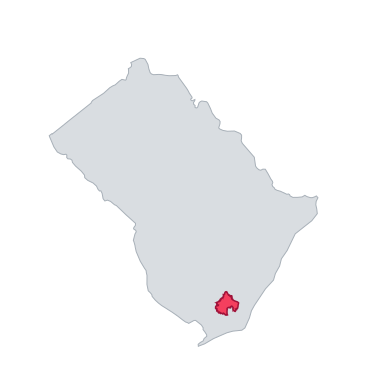 location of Prestea/huni Valley, Western, Ghana, rotated 322°
{"feature_id": "2480657B71205229821948", "entity_name": "Prestea/huni Valley", "entity_type": "district", "adm_level": 2, "iso_a3": "GHA", "parent_name": "Ghana", "parent_adm1": "Western", "projection": "mercator", "projection_center": [-2.017, 5.447], "detail": "fine", "context": "in_parent", "style": "filled", "palette": "rose", "viewbox_px": 384, "rotation_deg": 322, "n_neighbors": 0, "source": "geoboundaries", "source_scale": "gbopen_adm2", "svg_char_len": 6637}
<svg xmlns="http://www.w3.org/2000/svg" viewBox="0 0 384 384"><g transform="rotate(322 192 192)"><path d="M233.4,54.6L236.2,57.2L236.8,58.7L235.8,64.4L233.8,68.4L232.5,72.2L232.7,74.0L233.9,75.9L238.1,78.8L240.3,80.7L242.8,83.6L245.7,86.4L250.7,90.1L252.8,90.8L252.7,91.8L252.1,93.2L251.6,106.9L251.2,110.4L250.8,112.2L250.4,117.3L249.9,118.0L248.9,117.9L248.0,118.1L247.8,119.1L248.2,120.2L251.2,120.9L250.5,121.7L248.3,122.4L247.3,123.9L247.7,125.7L246.5,127.1L246.8,128.0L247.6,128.7L248.9,128.5L252.4,126.1L253.9,125.9L255.7,126.3L259.1,129.9L259.2,131.7L257.9,137.7L256.5,142.3L256.3,148.5L257.7,151.9L257.5,153.8L256.0,155.5L252.5,157.9L252.7,159.5L254.3,162.5L257.3,165.9L263.0,170.1L266.0,175.5L266.1,177.7L264.3,180.0L262.3,181.9L261.6,184.6L262.5,202.9L258.0,210.8L257.9,213.0L258.4,215.6L259.6,217.2L261.9,217.6L263.8,219.2L263.1,224.7L262.1,230.4L262.0,233.1L261.4,234.4L259.6,235.4L259.0,237.2L259.4,239.4L259.1,241.0L260.1,243.1L262.1,245.8L265.4,252.3L266.7,252.8L267.3,254.1L266.9,255.5L268.2,258.4L271.9,261.2L275.8,263.7L278.9,264.1L279.7,266.3L281.7,269.2L283.2,270.5L285.6,271.3L287.6,271.7L287.7,274.1L284.1,275.8L281.7,278.3L279.9,282.1L277.4,286.2L268.7,288.4L265.4,288.4L247.6,288.5L230.9,296.7L221.3,299.7L215.4,304.3L207.5,307.6L202.0,311.6L190.4,313.5L171.6,319.7L165.7,322.2L159.7,326.6L150.0,331.7L146.2,331.6L138.5,326.8L132.8,324.4L118.8,320.8L108.4,319.4L103.3,317.8L102.0,317.5L103.1,315.8L106.0,315.7L109.1,316.2L111.4,314.9L114.8,314.8L115.7,313.4L116.0,309.9L116.0,307.2L117.2,305.9L117.5,302.6L115.8,295.4L114.6,294.5L108.5,293.5L108.0,292.1L106.9,290.5L105.8,286.8L104.4,281.2L102.3,274.3L98.2,262.9L97.2,258.9L96.5,254.7L96.3,249.8L97.2,248.0L97.1,245.5L96.7,242.9L99.6,237.1L105.2,230.0L106.4,227.4L107.5,225.6L107.6,223.1L108.6,214.8L111.3,204.7L113.1,200.9L114.2,198.9L115.6,195.5L116.0,194.0L121.2,190.0L123.6,189.0L124.1,187.4L123.3,185.7L123.6,184.6L124.9,184.0L126.8,183.5L128.2,181.9L126.0,169.5L124.2,157.1L124.1,156.1L123.1,154.4L122.0,149.2L120.3,146.3L117.8,145.4L117.8,142.6L120.3,137.8L120.9,135.0L119.7,134.2L119.6,132.0L120.4,128.5L120.0,126.3L119.6,124.0L117.0,118.6L116.3,114.7L117.7,112.5L117.6,107.5L116.2,99.9L116.0,95.1L117.0,93.1L116.5,91.2L114.6,89.4L114.5,87.7L116.1,85.9L115.9,84.6L113.9,83.6L112.1,81.3L110.5,77.6L110.9,71.6L113.8,60.7L114.2,59.7L117.6,59.8L117.6,60.3L128.1,60.2L140.0,60.0L154.3,59.9L167.3,59.8L167.9,59.3L170.0,58.7L183.2,59.8L191.4,59.2L194.9,59.6L197.4,60.3L203.1,59.9L206.1,60.1L208.4,62.9L209.3,62.9L210.6,61.7L212.9,60.4L215.2,59.3L216.8,57.2L217.8,55.6L219.3,55.9L221.5,55.8L222.9,54.4L223.5,52.3L233.4,54.6Z" fill="#d9dde1" stroke="#a8b0b8" stroke-width="1"/><path d="M157.6,295.7L157.3,295.7L157.4,295.2L157.9,292.1L157.5,292.1L157.5,291.9L157.4,291.8L157.4,291.7L157.2,291.4L156.9,291.3L156.6,291.3L156.4,291.4L156.2,291.5L155.9,291.6L155.4,291.9L155.4,292.0L155.2,292.2L154.9,292.4L154.7,292.6L154.4,292.5L154.3,292.4L154.2,292.4L153.9,292.3L153.7,292.6L153.5,292.8L153.4,292.6L153.3,292.9L153.1,292.9L153.0,293.0L152.8,293.2L152.7,293.2L152.5,293.3L152.6,293.6L152.5,293.8L152.4,293.8L152.3,294.0L152.2,294.0L151.9,294.0L151.7,294.1L151.5,294.3L151.4,294.3L151.2,294.2L151.1,294.3L151.1,294.2L150.9,294.3L150.8,294.2L150.6,293.9L150.4,294.0L150.1,294.0L149.9,294.1L149.7,293.9L149.4,293.8L149.0,294.0L149.1,294.3L148.9,294.4L148.9,294.1L148.6,293.9L148.3,293.9L148.0,294.0L147.7,294.3L147.6,294.5L147.5,294.9L147.5,295.0L147.4,295.1L147.2,294.7L146.9,294.5L146.7,294.6L146.4,294.5L146.1,294.9L146.0,295.0L145.9,294.9L145.8,294.7L145.4,294.6L145.1,294.7L144.9,294.6L144.4,294.6L144.2,294.4L143.9,294.4L143.5,294.2L143.3,294.4L143.3,294.5L143.1,294.4L143.2,294.6L142.9,294.8L142.8,295.0L142.7,295.2L142.6,295.4L142.8,295.4L142.8,295.5L142.7,295.5L142.8,295.5L142.7,295.6L142.6,295.8L142.7,296.3L142.8,296.4L142.9,296.6L142.6,296.5L142.6,296.8L143.0,296.8L143.1,297.0L143.2,297.3L142.9,297.4L142.8,297.6L142.5,297.4L142.4,297.4L142.2,297.0L141.8,297.1L141.7,296.9L141.3,296.7L141.2,296.6L140.7,296.7L140.5,296.8L140.3,296.9L140.1,296.9L140.0,297.1L139.9,297.1L139.4,297.6L139.4,297.9L139.3,298.0L139.3,298.6L139.4,298.8L139.0,298.7L139.1,299.3L139.3,299.4L139.3,299.5L139.2,299.8L138.7,300.4L138.9,300.5L138.7,300.7L139.0,300.7L139.0,300.9L139.0,301.0L139.1,301.5L138.9,301.7L138.8,302.0L138.8,302.3L138.7,302.5L138.8,302.7L138.8,302.8L138.7,302.8L138.7,303.0L138.9,303.1L138.6,303.2L138.6,303.3L138.8,303.4L138.8,303.5L138.8,303.8L138.8,304.0L139.0,304.1L139.3,304.4L139.5,304.3L139.6,304.5L139.8,304.8L140.0,304.8L139.9,305.0L139.7,305.2L139.7,305.3L139.8,305.3L140.1,305.3L140.2,305.5L140.3,305.6L140.6,305.7L140.7,305.8L140.8,305.9L140.8,306.0L140.9,306.3L140.9,306.5L141.1,306.7L141.1,306.9L141.4,306.9L141.5,306.9L141.9,306.8L141.8,307.4L141.9,307.5L142.0,307.5L142.3,307.5L142.5,307.6L142.6,308.5L142.6,308.8L142.5,309.0L142.6,309.3L142.7,309.6L142.9,309.6L143.0,309.7L143.3,309.7L143.5,309.7L143.5,309.8L143.5,310.1L143.6,310.4L143.6,310.5L143.8,310.6L144.0,310.5L144.3,310.6L144.3,310.2L144.5,309.8L144.5,309.7L145.0,309.2L145.6,308.2L147.1,306.5L147.5,306.2L147.4,305.9L147.5,305.7L148.0,305.5L148.2,305.3L149.1,305.2L149.4,305.5L149.5,305.5L149.8,305.8L149.8,305.6L150.0,305.6L150.1,306.1L150.7,306.3L150.8,306.6L151.1,306.3L151.3,306.5L151.5,306.8L151.6,306.7L151.9,306.3L152.0,306.2L152.3,306.2L152.3,306.3L152.5,306.4L152.8,306.5L153.0,306.4L153.1,306.5L153.1,306.8L153.1,307.0L153.3,307.1L153.3,307.4L153.3,307.5L153.2,307.7L153.2,307.8L153.1,308.2L153.2,308.3L153.2,308.5L152.8,308.8L152.7,308.9L152.7,309.0L152.4,309.1L152.2,309.2L152.1,309.6L151.9,309.8L151.8,310.0L151.7,310.3L151.8,310.4L151.7,310.5L151.8,310.5L151.8,310.8L151.9,311.0L152.0,311.3L151.9,311.4L151.9,311.6L152.0,311.8L152.2,312.2L152.3,312.5L152.5,312.7L152.8,312.6L153.0,312.5L152.9,312.4L153.1,312.3L153.5,312.4L153.8,312.2L154.0,312.1L154.2,311.9L154.2,311.5L154.3,311.5L154.4,311.4L154.5,311.5L154.5,311.4L154.6,311.5L154.8,311.5L155.0,311.6L155.0,311.4L155.5,311.2L155.8,311.4L156.3,311.7L156.8,311.3L157.6,310.7L158.9,309.3L159.9,308.6L160.5,307.9L160.1,306.5L158.8,304.5L158.3,303.5L157.7,302.0L157.8,301.9L158.0,301.8L158.0,301.7L158.0,301.4L158.1,301.2L157.8,300.9L157.8,300.7L157.5,300.6L157.6,300.4L157.8,300.2L158.0,300.0L158.1,299.8L158.2,299.7L158.5,299.8L158.7,299.7L158.7,299.3L158.9,299.1L159.0,298.9L159.2,298.6L159.3,298.6L159.4,298.2L159.1,297.9L158.9,297.8L158.7,297.8L158.5,298.1L158.4,298.1L158.2,298.0L158.2,297.9L157.9,298.0L157.9,297.7L157.8,297.3L158.0,297.0L157.9,296.9L158.0,296.7L157.9,296.5L158.0,296.4L157.9,296.3L157.9,296.0L157.8,295.9L157.7,295.7L157.6,295.7Z" fill="#f43f5e" stroke="#9f1239" stroke-width="1.5"/></g></svg>